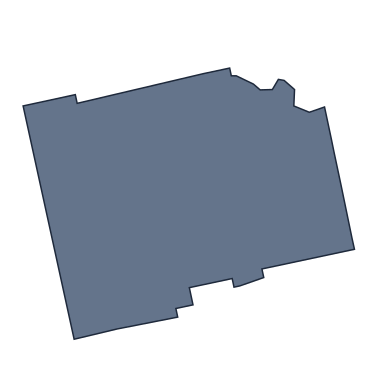 outline of Benewah, Idaho, United States of America, rotated 168°
{"feature_id": "52423323B17427488996260", "entity_name": "Benewah", "entity_type": "district", "adm_level": 2, "iso_a3": "USA", "parent_name": "United States of America", "parent_adm1": "Idaho", "projection": "albers", "projection_center": [-116.794, 47.218], "detail": "fine", "context": "isolated", "style": "filled", "palette": "slate", "viewbox_px": 384, "rotation_deg": 168, "n_neighbors": 0, "source": "geoboundaries", "source_scale": "gbopen_adm2", "svg_char_len": 567}
<svg xmlns="http://www.w3.org/2000/svg" viewBox="0 0 384 384"><g transform="rotate(168 192 192)"><path d="M339.3,311.3L337.9,72.5L293.9,73.6L232.0,72.6L232.0,81.4L214.5,81.4L214.5,99.0L170.7,99.0L170.7,90.2L164.8,90.2L139.6,93.4L139.6,102.2L45.0,102.2L45.1,113.6L44.8,167.2L44.8,187.7L44.8,201.3L44.7,214.3L44.7,230.8L44.7,247.6L60.7,245.6L74.5,255.0L70.4,270.9L78.7,282.0L84.1,284.2L92.1,275.5L104.1,277.7L109.5,284.8L124.5,296.4L129.4,297.5L129.4,305.4L156.0,305.4L285.9,302.6L285.9,311.5L339.3,311.3Z" fill="#64748b" stroke="#1e293b" stroke-width="1.5"/></g></svg>